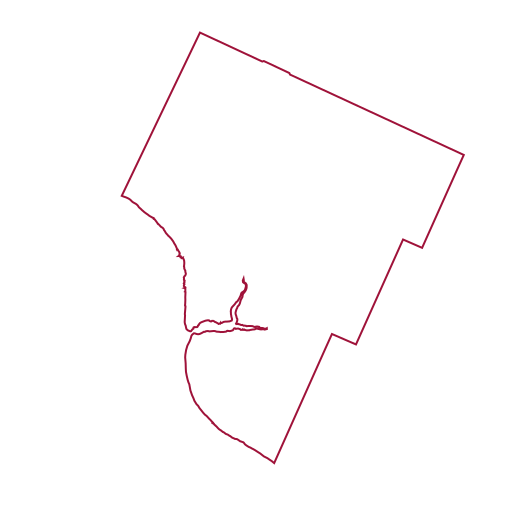 the district of Corpen Aike, Santa Cruz, Argentina, rotated 115°
{"feature_id": "61730980B24902089769894", "entity_name": "Corpen Aike", "entity_type": "district", "adm_level": 2, "iso_a3": "ARG", "parent_name": "Argentina", "parent_adm1": "Santa Cruz", "projection": "orthographic", "projection_center": [-68.391, -49.985], "detail": "fine", "context": "isolated", "style": "outline", "palette": "rose", "viewbox_px": 512, "rotation_deg": 115, "n_neighbors": 0, "source": "geoboundaries", "source_scale": "gbopen_adm2", "svg_char_len": 5990}
<svg xmlns="http://www.w3.org/2000/svg" viewBox="0 0 512 512"><g transform="rotate(115 256 256)"><path d="M76.6,110.4L77.2,301.8L76.1,303.1L76.0,331.3L77.1,332.5L77.2,401.2L106.8,401.5L159.0,402.1L258.2,403.1L258.1,401.2L257.8,398.5L257.8,396.2L257.9,394.9L258.2,393.5L259.0,391.4L259.3,390.0L259.5,387.0L259.7,386.0L260.2,384.5L261.2,382.9L261.5,382.1L262.1,380.0L262.6,378.7L263.1,376.8L263.4,375.9L263.8,373.9L264.0,372.9L264.1,372.0L264.7,369.5L264.8,368.0L265.0,365.9L264.9,365.8L265.0,365.2L264.9,365.0L265.2,364.8L265.1,364.6L265.6,364.2L265.5,363.6L265.6,363.4L266.0,362.6L267.0,360.7L268.1,358.8L268.2,358.3L268.4,358.3L268.7,357.3L268.9,357.1L269.3,357.1L268.8,356.9L268.8,356.7L269.7,354.5L269.9,352.6L270.2,351.8L270.5,351.2L271.3,350.4L272.0,349.1L273.1,347.6L273.6,346.6L274.2,345.1L274.7,344.2L275.0,343.0L276.1,340.2L277.7,337.3L278.8,335.8L279.2,335.4L279.6,334.6L280.5,333.3L282.8,330.7L283.1,330.4L283.3,330.4L283.3,330.2L283.1,330.2L283.3,330.1L283.1,330.0L283.1,329.9L283.2,329.7L284.1,328.6L284.5,327.8L285.4,326.6L285.9,326.2L286.5,326.0L286.8,326.2L288.0,325.5L288.3,325.9L288.7,326.1L288.5,325.7L288.5,325.2L288.6,324.9L288.2,324.8L288.1,324.4L288.1,324.0L288.4,323.9L288.6,323.5L288.9,323.4L288.7,323.1L288.7,322.7L289.0,322.9L289.0,323.0L289.1,322.6L288.9,322.6L288.8,322.0L288.7,321.9L288.8,321.9L288.5,321.5L288.6,321.3L290.1,319.6L290.7,319.1L292.1,318.3L293.4,317.7L294.8,317.2L295.9,316.9L296.4,316.3L297.2,316.0L297.8,315.6L298.6,314.7L299.0,314.0L300.4,313.2L301.5,312.2L302.5,311.9L303.8,311.9L304.5,312.3L305.9,312.4L306.5,311.9L308.0,311.3L308.2,311.0L308.3,310.5L308.5,310.3L309.0,310.5L309.5,310.2L309.7,309.8L310.0,309.7L310.3,309.7L310.9,309.9L311.4,309.9L311.6,309.6L311.5,309.2L311.9,308.9L312.3,309.0L313.2,308.9L313.7,308.7L314.1,308.1L314.2,307.0L314.3,306.7L314.7,306.7L314.8,306.9L315.0,306.9L315.3,307.2L315.2,306.5L315.3,306.3L318.0,305.1L318.3,305.2L318.3,304.8L318.4,304.7L323.2,302.7L325.6,301.5L329.4,299.9L330.7,299.5L331.1,298.9L331.5,298.8L331.7,298.5L332.0,298.4L338.8,295.9L339.6,295.3L345.8,292.8L346.7,292.3L348.1,291.2L348.6,290.5L351.0,288.7L351.7,288.0L352.2,286.1L352.2,285.6L352.1,285.0L352.1,283.9L351.9,283.5L351.5,283.1L349.5,282.7L348.2,282.0L347.5,282.4L347.1,282.4L346.5,281.9L346.0,280.7L345.3,279.3L344.5,279.0L343.5,279.2L342.7,278.7L341.9,278.8L340.4,278.4L339.2,277.6L336.5,275.0L335.7,274.1L334.5,272.3L334.2,271.3L334.3,271.1L334.5,270.8L334.5,270.0L334.5,269.6L334.3,269.3L334.1,268.8L333.4,268.5L332.9,267.5L332.9,266.1L333.1,265.5L333.0,264.5L333.2,261.5L333.4,261.2L333.2,260.9L332.6,260.5L332.5,260.2L332.0,259.8L331.8,259.8L331.9,259.7L331.6,259.6L331.5,259.3L331.1,259.0L331.1,258.7L329.4,257.5L328.4,256.0L327.6,254.4L326.4,252.3L324.7,250.7L323.6,250.9L323.1,251.2L321.2,252.8L320.2,253.4L319.5,254.0L317.8,254.9L317.3,255.1L317.0,255.4L315.1,256.0L313.4,256.2L312.2,256.0L308.8,254.9L306.1,254.4L305.0,253.7L303.5,253.5L301.9,253.3L298.4,253.2L296.0,253.6L295.1,253.4L293.5,252.4L292.0,251.8L290.7,251.8L288.1,252.2L287.0,252.7L286.2,253.2L285.7,254.0L285.5,255.7L285.2,256.7L283.8,257.6L281.8,257.7L283.0,256.9L284.3,256.2L284.7,255.7L285.1,253.6L286.2,252.2L287.8,251.5L288.8,251.1L289.8,250.9L291.4,250.8L293.5,251.1L295.6,251.7L296.9,251.6L298.8,251.0L302.5,251.2L305.8,250.6L307.6,250.6L309.6,251.3L311.0,251.1L312.7,251.2L315.1,250.8L316.3,250.5L317.4,249.8L318.5,248.7L320.5,247.1L321.0,246.3L321.8,245.9L322.5,245.7L324.5,245.4L325.8,245.5L326.0,245.1L325.6,244.7L325.5,244.0L325.0,243.4L325.1,242.7L324.8,241.8L324.9,241.0L324.7,240.0L324.2,239.2L324.3,238.6L324.4,237.7L323.8,236.8L323.7,235.9L323.5,235.6L323.6,234.9L322.8,233.6L321.3,230.3L321.0,229.3L321.0,227.5L319.7,225.7L319.3,224.8L319.1,224.0L318.9,223.5L318.9,223.1L319.6,222.8L319.8,222.3L319.7,221.9L319.2,221.3L318.6,219.9L318.4,219.2L318.3,218.3L318.4,217.9L318.1,217.0L317.9,216.8L317.9,216.4L316.9,215.7L317.6,215.3L319.0,217.0L319.2,217.7L319.1,218.4L319.2,219.0L319.8,219.3L320.4,220.4L320.7,221.2L321.4,224.4L322.0,225.5L323.0,226.1L323.7,227.3L324.2,228.2L325.1,229.4L325.5,230.1L326.1,230.6L327.4,233.2L327.6,234.5L327.6,235.4L328.0,235.5L328.3,236.3L328.0,236.5L328.0,237.1L328.8,237.4L328.9,237.8L329.1,238.0L329.4,238.6L329.0,239.8L329.2,240.3L329.2,241.0L329.3,241.5L329.9,242.6L330.6,243.5L330.4,244.3L330.6,244.9L331.0,245.3L331.3,245.4L332.3,245.4L333.2,245.7L334.6,247.2L335.1,247.9L335.5,249.0L335.8,250.2L336.1,250.6L336.4,250.6L337.3,251.3L337.9,252.3L338.7,253.5L339.9,256.0L340.3,257.4L341.2,259.7L341.4,261.5L341.8,262.6L344.0,266.3L344.3,267.8L344.7,268.6L345.6,269.8L346.4,270.3L346.7,271.2L349.1,272.9L349.6,273.4L350.4,274.0L351.2,275.1L351.6,276.1L351.8,277.0L352.0,278.8L352.4,279.7L354.3,280.6L355.6,280.8L358.6,280.3L361.2,280.1L366.3,280.3L370.8,279.6L375.4,278.3L377.9,277.3L383.0,274.4L387.6,272.1L390.6,270.5L393.8,268.2L397.0,265.7L399.1,263.8L400.5,262.2L405.6,258.6L409.1,255.2L411.5,252.4L413.2,250.7L415.5,247.2L415.9,246.0L416.3,245.0L417.7,243.0L420.4,237.6L421.4,235.2L421.8,233.3L422.1,232.5L423.4,229.4L423.7,228.4L424.0,227.6L424.3,227.0L424.6,226.4L424.6,226.2L424.8,226.0L424.8,225.6L425.0,225.2L425.2,224.9L425.3,224.9L425.3,224.7L425.5,224.7L425.4,224.5L425.8,224.1L425.8,223.7L426.0,223.6L426.0,223.0L426.2,222.8L426.4,222.5L426.5,222.0L426.7,221.6L426.7,221.1L427.0,220.7L427.1,220.0L428.0,217.9L428.5,216.6L428.8,215.1L428.8,214.9L428.9,214.2L428.9,213.8L429.1,213.4L429.1,213.2L429.5,211.7L429.4,211.5L429.5,210.1L429.9,208.7L430.0,207.8L429.8,206.3L429.9,205.4L430.2,203.9L430.1,203.3L430.3,202.5L430.7,200.8L430.6,198.7L430.7,198.0L430.5,197.3L430.2,196.6L430.0,195.6L430.1,194.8L430.3,193.6L430.6,192.0L430.4,190.8L430.3,189.2L430.2,189.0L430.2,188.8L430.3,188.3L431.3,186.5L431.7,184.9L432.1,182.0L432.0,180.0L432.2,178.2L432.2,176.8L432.4,174.7L432.9,171.2L433.2,168.7L434.3,164.1L434.4,160.2L434.9,157.4L435.2,155.2L436.0,152.0L311.1,154.0L294.6,154.2L293.9,128.0L178.9,129.7L178.4,108.9L93.8,110.2L76.6,110.4Z" fill="none" stroke="#9f1239" stroke-width="2"/></g></svg>